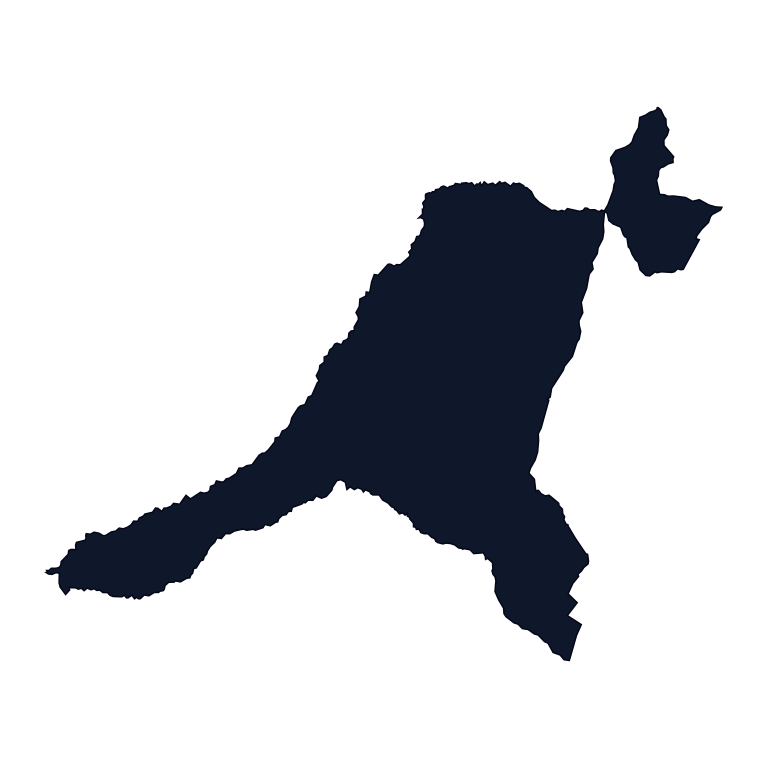 Fusagasugá, Cundinamarca, Colombia
{"feature_id": "7082276B51871988442122", "entity_name": "Fusagasugá", "entity_type": "district", "adm_level": 2, "iso_a3": "COL", "parent_name": "Colombia", "parent_adm1": "Cundinamarca", "projection": "robinson", "projection_center": [-74.414, 4.327], "detail": "fine", "context": "isolated", "style": "filled", "palette": "ink", "viewbox_px": 768, "rotation_deg": 0, "n_neighbors": 0, "source": "geoboundaries", "source_scale": "gbopen_adm2", "svg_char_len": 6092}
<svg xmlns="http://www.w3.org/2000/svg" viewBox="0 0 768 768"><path d="M699.3,239.7L695.9,238.6L697.0,235.5L701.7,229.2L708.5,222.4L710.4,216.8L712.2,214.5L720.5,210.0L721.9,207.3L715.6,206.9L708.7,204.9L699.3,199.7L692.5,201.3L685.6,197.5L673.6,196.0L667.9,196.2L664.4,194.7L659.6,194.4L656.5,180.0L658.3,176.1L658.7,170.4L660.6,167.7L663.5,166.9L668.1,163.9L673.1,162.5L672.9,158.8L673.7,156.8L664.0,145.5L663.9,139.9L667.3,135.0L668.8,129.8L666.2,125.6L665.9,118.9L664.2,117.0L660.8,109.8L658.0,107.5L657.1,107.8L657.0,109.4L654.1,111.1L650.0,112.2L645.4,115.2L639.8,117.4L638.5,127.7L634.3,135.2L632.0,142.0L629.5,144.7L624.9,147.4L615.9,150.5L610.7,157.8L610.6,161.0L613.0,167.7L613.3,173.0L614.6,175.3L615.5,181.3L614.1,184.3L613.1,190.8L607.9,204.8L604.3,211.0L601.6,210.1L599.0,211.7L594.6,209.7L589.6,209.9L587.5,208.3L585.1,208.0L582.9,210.5L579.6,211.3L567.4,208.6L564.8,211.3L561.7,210.4L558.0,211.5L554.9,210.2L551.5,210.5L539.1,202.3L534.3,197.5L531.3,191.6L526.7,187.6L524.1,187.3L523.8,185.8L519.5,183.3L515.6,183.9L513.5,183.0L510.5,186.2L505.0,182.3L501.7,183.4L499.7,181.6L495.4,185.3L492.8,183.1L487.7,184.6L484.2,181.8L482.0,185.3L481.2,185.2L480.2,182.5L478.7,184.2L476.6,184.0L474.7,186.1L471.7,182.7L468.5,183.7L466.6,182.7L461.6,183.2L461.4,184.4L455.4,183.5L453.9,185.4L449.2,186.7L448.2,188.2L443.6,186.0L441.2,186.9L439.3,189.0L435.6,189.7L434.6,191.9L432.4,191.7L430.8,193.3L429.6,192.7L426.1,193.8L425.4,195.1L425.6,199.5L422.7,203.0L423.9,206.8L423.2,209.5L422.4,209.3L422.5,214.2L418.8,217.9L420.5,217.5L423.7,219.1L424.6,223.6L424.2,226.7L421.4,230.5L420.4,234.7L418.9,236.3L416.7,236.5L415.0,241.6L411.3,244.6L411.7,249.1L408.7,252.1L410.1,254.7L409.6,256.5L400.3,264.8L396.5,264.6L394.3,266.2L390.2,264.1L388.0,264.3L378.2,275.2L374.3,274.5L371.6,282.0L369.7,292.5L366.2,292.0L365.8,296.1L359.9,299.0L359.3,306.6L356.0,312.6L358.2,316.7L358.4,319.7L354.2,327.0L354.3,330.6L351.1,331.0L348.9,333.1L348.4,337.9L346.6,339.7L343.4,341.0L342.1,344.0L340.6,344.5L337.0,343.2L334.7,344.1L332.6,347.7L329.7,349.9L328.0,355.4L324.2,357.0L324.2,362.1L319.8,365.6L319.3,369.7L316.3,375.8L319.1,381.2L317.4,382.6L311.8,395.5L308.2,397.1L305.0,404.5L300.2,406.0L298.1,407.9L291.8,417.8L290.4,423.5L288.1,427.4L285.5,429.7L282.2,431.0L279.6,436.9L275.2,438.0L274.8,441.8L268.1,450.2L264.7,453.1L262.2,453.2L259.0,455.3L252.0,464.8L246.6,465.7L242.9,468.0L239.0,468.1L236.3,473.6L229.0,478.3L226.3,478.8L223.9,481.7L221.8,482.1L216.4,480.9L214.8,484.7L210.5,486.4L209.8,490.5L207.9,492.3L204.3,493.2L200.5,492.3L190.5,498.9L186.0,495.3L179.7,504.2L173.5,503.4L171.1,506.3L166.4,508.1L164.0,508.1L161.9,511.4L157.8,508.3L155.5,508.0L152.5,512.3L145.0,514.0L143.3,516.1L139.4,517.9L137.6,521.3L133.6,521.1L131.0,524.9L127.3,527.3L123.3,528.8L119.1,528.1L115.7,531.1L111.4,531.9L105.4,535.6L103.0,535.6L99.0,533.2L94.0,532.2L90.4,534.2L86.2,533.7L85.7,536.1L86.2,537.6L85.2,540.2L76.4,542.4L75.6,545.1L75.9,549.6L71.1,549.4L68.7,550.5L68.2,554.3L61.2,561.6L60.8,565.2L59.4,567.3L56.1,568.3L51.3,568.3L48.9,570.5L46.6,570.5L47.5,572.2L46.1,572.5L48.5,574.0L52.0,574.4L56.0,572.7L59.3,573.1L59.1,582.9L60.1,587.0L65.6,594.5L69.6,590.0L69.3,587.6L76.0,587.9L78.2,589.2L81.5,588.3L84.1,590.7L87.2,588.1L91.0,589.8L94.1,588.7L96.7,590.4L99.9,590.2L103.0,592.6L107.5,592.6L110.0,595.3L113.2,596.5L121.8,596.8L124.3,595.3L126.5,597.9L128.2,597.8L131.8,595.2L134.5,598.8L136.8,597.3L138.5,598.8L140.3,598.7L144.2,595.0L148.9,595.8L154.4,592.4L158.4,592.5L160.3,591.1L163.1,590.7L164.2,589.4L165.1,585.5L168.7,582.3L174.2,582.1L175.4,580.9L180.4,581.9L186.8,578.2L189.8,577.9L190.7,575.3L192.6,573.2L193.8,568.4L196.2,568.0L200.5,560.9L203.3,559.9L204.2,556.7L206.7,553.9L207.4,551.0L210.2,546.5L214.7,542.2L216.9,537.9L221.4,538.5L225.6,533.6L229.8,533.7L234.5,531.0L241.0,529.5L243.9,529.2L246.6,530.3L253.1,529.3L255.5,530.2L263.0,527.7L264.9,524.5L270.3,525.8L275.5,522.3L277.7,521.9L278.8,518.6L282.4,515.3L286.1,514.7L288.4,511.4L291.3,511.3L292.3,507.4L301.6,504.1L303.6,502.4L305.3,502.8L308.1,500.2L312.9,500.3L316.2,495.9L321.5,498.2L326.2,496.5L331.8,490.2L332.5,487.3L336.9,480.6L340.9,479.7L345.4,482.3L346.9,489.5L350.1,486.9L354.4,489.6L357.7,487.7L361.7,489.2L363.4,492.0L365.4,489.9L369.7,491.7L370.7,493.6L372.8,494.9L379.1,494.9L382.6,500.0L387.9,502.9L391.7,506.9L394.0,507.7L394.8,509.5L396.6,510.3L399.3,513.9L402.8,512.9L405.0,515.1L406.9,513.4L407.3,516.1L409.3,517.1L409.9,519.1L413.4,523.0L413.5,526.8L415.6,527.2L416.4,529.4L418.9,529.1L420.9,532.6L424.0,533.7L427.9,533.7L431.6,537.3L434.7,538.6L435.8,541.3L437.8,542.6L442.8,543.9L446.1,543.1L450.3,543.5L454.7,544.9L458.9,548.1L461.6,548.2L462.5,549.2L464.4,548.7L470.1,549.8L473.7,553.6L483.3,552.8L485.2,556.0L485.6,559.4L487.7,558.4L492.5,562.7L492.9,569.2L492.0,570.6L492.9,574.1L495.1,576.9L495.9,580.8L495.0,591.5L498.6,599.8L503.6,608.2L504.0,613.6L505.9,616.6L513.9,622.8L518.1,624.2L522.4,628.6L528.1,629.5L534.4,634.0L538.1,635.0L544.5,641.6L548.0,643.2L553.1,652.5L560.1,655.0L564.0,659.7L569.3,660.5L576.6,635.1L581.3,624.6L567.3,615.6L577.2,602.7L568.1,593.8L572.8,583.4L578.6,576.4L577.9,574.3L581.4,571.1L583.8,567.5L588.1,563.9L588.5,560.9L587.6,554.4L585.7,553.6L575.3,538.2L568.1,526.1L568.0,524.8L566.1,524.1L563.9,519.8L564.6,516.8L562.7,513.6L562.4,509.1L559.0,505.7L558.7,503.2L549.1,495.2L545.1,495.9L541.1,493.7L538.5,490.4L535.7,490.7L534.4,479.2L528.9,473.2L530.4,468.4L535.2,459.9L537.6,452.2L538.6,440.6L538.3,433.7L541.1,428.1L548.5,401.4L548.8,400.1L547.1,399.3L550.2,397.1L551.6,388.3L563.3,370.2L564.5,366.3L572.4,356.4L576.9,342.4L579.2,339.0L580.7,331.4L579.1,324.8L579.0,320.6L582.8,312.7L581.3,302.3L586.6,288.4L589.2,274.2L593.1,269.1L591.9,262.5L597.3,253.5L598.1,247.8L602.7,238.8L603.8,231.8L603.3,224.7L604.6,211.2L607.2,213.3L608.8,220.4L613.1,224.0L620.7,227.1L623.2,234.4L624.7,236.6L627.0,237.9L628.3,246.9L630.0,248.6L632.1,254.2L635.4,259.7L638.1,262.2L640.1,269.9L645.9,275.5L649.8,275.9L655.0,271.9L657.1,272.7L661.2,271.8L671.9,272.4L674.5,271.7L677.7,268.7L680.3,269.7L683.2,269.4L699.3,239.7Z" fill="#0f172a" stroke="#020617" stroke-width="1.5"/></svg>